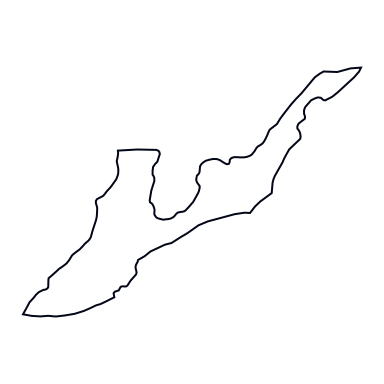 San Felipe, Retalhuleu, Guatemala
{"feature_id": "79465075B46607071550315", "entity_name": "San Felipe", "entity_type": "district", "adm_level": 2, "iso_a3": "GTM", "parent_name": "Guatemala", "parent_adm1": "Retalhuleu", "projection": "natural_earth1", "projection_center": [-91.601, 14.638], "detail": "fine", "context": "isolated", "style": "outline", "palette": "ink", "viewbox_px": 384, "rotation_deg": 0, "n_neighbors": 0, "source": "geoboundaries", "source_scale": "gbopen_adm2", "svg_char_len": 3283}
<svg xmlns="http://www.w3.org/2000/svg" viewBox="0 0 384 384"><path d="M56.6,271.2L51.7,275.6L49.9,277.1L48.6,278.2L48.4,280.3L48.3,284.1L48.3,285.4L48.2,287.1L47.6,288.2L46.1,289.3L44.9,289.7L43.3,289.9L40.3,291.4L38.9,292.1L37.1,293.7L36.0,294.8L33.9,297.5L30.9,300.8L29.5,302.3L27.7,305.8L24.9,310.9L23.0,314.3L31.8,315.9L40.4,316.4L44.6,316.1L48.0,315.8L54.4,316.4L57.0,316.4L65.3,315.4L74.7,313.8L83.7,311.0L89.9,308.3L96.2,305.3L100.4,304.1L105.5,301.7L113.2,297.8L114.3,297.3L113.6,293.2L114.8,291.7L118.7,290.4L119.6,288.8L120.6,286.9L122.3,286.3L125.3,286.5L126.5,286.3L127.5,285.4L128.7,283.6L129.5,282.3L130.7,280.5L136.1,274.4L136.6,272.3L135.6,268.1L135.6,266.2L136.2,264.4L137.0,263.0L137.6,261.8L138.1,259.9L144.5,256.3L150.6,251.4L164.9,244.7L171.5,243.0L180.9,237.0L187.5,233.1L198.5,225.3L207.8,221.4L234.6,214.2L244.5,212.7L250.0,213.0L255.1,206.4L260.4,201.4L271.7,193.1L272.6,182.6L273.5,179.2L274.8,176.0L282.5,162.4L284.6,157.6L289.2,149.4L300.2,138.9L300.6,136.6L300.3,134.2L299.9,132.6L298.8,130.3L297.4,128.6L297.3,126.5L298.1,124.4L299.3,123.0L304.8,118.8L305.0,117.5L304.8,115.7L304.1,114.0L304.0,110.5L304.7,108.2L305.5,106.7L311.1,100.3L314.9,98.4L317.9,97.4L320.9,97.8L322.5,99.3L323.6,100.1L325.1,100.4L332.2,96.8L337.8,92.3L339.6,90.6L354.2,77.2L359.0,71.7L361.0,67.6L350.5,68.4L337.3,72.0L323.6,71.5L319.6,73.8L314.8,77.3L301.3,93.5L296.0,98.9L290.8,104.8L286.7,110.1L284.5,112.9L280.1,118.8L276.9,124.1L270.5,129.0L269.5,130.0L268.5,132.1L267.0,135.8L265.3,139.3L263.9,141.7L262.5,143.5L260.9,144.6L259.3,145.7L257.9,146.4L256.7,147.7L255.7,149.2L254.6,151.1L253.0,153.1L251.5,154.8L250.0,155.7L247.1,156.8L244.5,157.3L240.9,157.4L237.2,157.2L235.0,157.1L233.9,157.2L231.3,158.1L229.9,159.7L229.6,162.2L228.9,163.8L227.5,164.2L226.3,164.0L225.1,163.4L223.0,162.2L220.5,160.5L218.5,159.6L217.4,159.2L215.4,159.0L213.1,159.0L211.9,159.2L209.1,159.8L205.9,160.7L203.5,162.2L201.6,163.9L200.5,165.5L200.0,166.6L199.9,168.1L199.6,171.5L199.2,173.0L198.2,174.4L196.9,175.7L196.3,178.8L196.3,180.5L197.1,182.5L198.7,184.8L199.6,185.9L199.7,187.7L198.9,191.1L198.0,193.3L193.2,201.9L188.5,207.3L185.7,210.3L184.4,211.2L183.1,211.6L180.5,212.0L178.7,212.3L177.6,212.7L176.3,213.8L175.0,215.4L174.1,216.5L173.0,217.3L170.8,218.5L168.8,219.0L167.2,219.2L165.9,219.3L163.3,219.7L158.5,218.5L156.6,217.6L155.8,216.8L154.4,214.5L154.3,212.8L154.5,211.1L154.5,209.6L154.1,208.0L153.5,206.2L152.0,203.6L150.0,202.3L149.7,200.2L151.3,190.6L154.3,181.1L154.3,177.9L153.5,176.0L152.6,174.7L152.6,170.7L153.1,166.9L155.1,164.0L157.3,161.8L159.8,154.1L159.4,152.1L158.4,150.8L156.4,149.9L137.2,149.5L117.9,150.6L118.1,153.0L118.0,154.5L117.6,157.3L117.3,158.8L116.9,160.2L116.8,161.8L117.5,164.8L118.1,167.7L118.3,169.3L118.3,171.4L118.1,174.3L116.3,179.2L111.2,186.4L110.3,187.5L106.8,191.3L105.0,193.7L103.8,195.2L102.6,196.2L100.1,197.5L97.0,199.1L95.9,200.9L95.9,203.1L96.4,204.8L97.1,207.4L97.2,208.8L97.1,211.0L97.0,213.4L96.8,216.4L96.1,219.9L92.8,230.0L92.2,231.9L91.9,233.2L90.8,237.1L89.9,238.8L88.5,240.6L84.7,243.9L83.2,245.7L81.9,247.1L81.0,248.0L80.0,249.1L78.5,250.3L76.9,251.4L75.4,252.6L73.8,253.8L72.1,255.3L71.2,256.8L69.1,260.2L66.8,263.1L65.5,264.3L61.6,267.2L59.7,268.4L58.6,269.3L56.6,271.2Z" fill="none" stroke="#020617" stroke-width="2"/></svg>